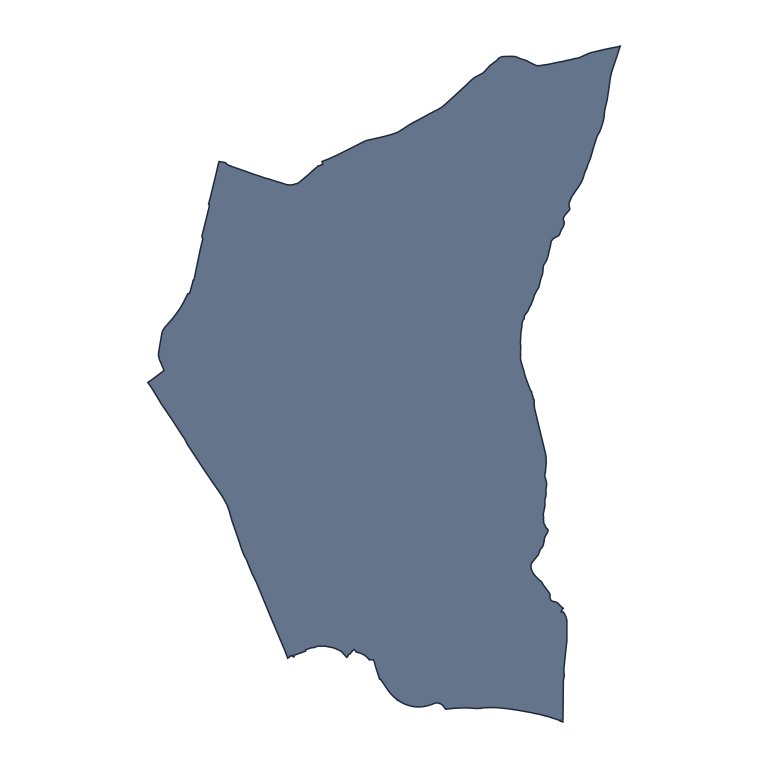 the district of Oostzaan, Noord-Holland, Netherlands
{"feature_id": "6326949B95848699566336", "entity_name": "Oostzaan", "entity_type": "district", "adm_level": 2, "iso_a3": "NLD", "parent_name": "Netherlands", "parent_adm1": "Noord-Holland", "projection": "albers", "projection_center": [4.881, 52.452], "detail": "fine", "context": "isolated", "style": "filled", "palette": "slate", "viewbox_px": 768, "rotation_deg": 0, "n_neighbors": 0, "source": "geoboundaries", "source_scale": "gbopen_adm2", "svg_char_len": 6083}
<svg xmlns="http://www.w3.org/2000/svg" viewBox="0 0 768 768"><path d="M562.9,721.9L563.0,717.1L563.4,680.7L563.5,679.5L564.2,676.7L564.3,676.1L564.0,672.1L563.9,668.6L566.9,640.5L566.9,620.4L566.1,617.4L565.4,615.6L564.6,614.0L563.4,612.0L561.2,612.0L561.5,611.0L562.4,609.3L563.3,608.3L561.7,607.0L559.7,605.1L558.4,603.7L557.2,602.6L555.8,602.0L552.2,601.1L551.2,600.5L550.3,599.0L550.1,598.2L550.0,597.5L550.0,596.5L550.1,594.9L550.0,594.2L549.5,593.2L548.3,591.5L544.8,586.9L543.0,584.4L541.9,582.3L541.2,581.5L538.4,579.2L537.1,577.9L534.5,575.0L533.8,574.1L533.1,573.0L531.9,570.6L531.0,568.1L531.0,566.6L531.0,565.5L531.2,564.6L531.6,563.4L532.2,562.3L538.0,555.2L538.6,554.1L540.2,549.7L540.6,549.1L541.8,547.7L542.8,546.4L543.3,544.9L543.9,542.5L544.7,537.5L546.5,534.0L547.5,532.6L547.8,531.7L548.0,530.4L548.0,529.7L547.9,529.4L546.9,528.6L546.3,527.9L545.8,527.2L544.5,524.4L544.1,523.8L543.8,522.9L543.7,522.2L543.5,519.4L543.6,517.1L543.6,516.2L543.2,515.5L543.2,515.1L543.5,513.0L544.1,510.2L544.9,506.0L545.0,504.8L544.8,501.5L544.8,500.3L545.8,496.3L546.0,495.2L546.1,493.9L545.9,490.9L545.9,490.1L546.4,486.7L546.6,484.4L546.6,483.0L546.3,481.2L545.9,480.2L545.3,477.7L544.9,476.7L544.7,476.0L545.0,473.7L545.3,472.8L545.5,471.4L546.2,463.1L546.1,456.8L545.8,454.9L544.5,449.4L534.5,408.1L534.1,402.2L534.2,400.3L534.1,399.8L533.2,398.3L533.0,397.8L532.9,396.4L532.6,395.5L531.9,394.0L531.8,393.2L531.7,392.0L531.5,391.6L530.4,390.1L526.9,380.9L524.9,375.2L524.2,372.1L521.1,361.7L520.7,360.0L520.5,357.9L520.6,354.1L520.5,351.5L520.8,346.7L520.4,342.9L520.9,332.7L521.9,326.6L522.0,324.4L522.2,322.9L522.5,321.4L522.7,320.7L523.5,319.6L524.0,319.0L524.2,318.7L524.3,318.2L524.3,316.9L524.5,316.0L524.9,315.0L525.4,314.3L527.6,311.6L528.9,309.1L529.1,308.3L531.0,304.8L531.9,302.2L532.9,300.2L533.3,298.9L534.1,296.0L534.7,294.6L536.2,291.7L536.5,291.0L537.5,289.6L537.9,288.8L538.8,287.5L540.5,280.0L541.2,277.7L542.4,274.6L542.7,273.2L543.0,270.7L543.2,267.0L543.7,265.3L543.9,264.7L545.7,262.0L546.8,259.8L548.0,256.2L548.4,254.6L549.2,250.8L550.4,246.0L551.2,241.5L551.5,240.9L552.3,239.9L552.8,239.3L553.5,238.5L558.3,235.9L558.7,235.6L559.4,234.7L559.7,234.1L560.6,231.6L561.3,229.9L563.4,226.4L564.3,223.5L564.3,222.6L564.3,222.3L563.7,220.6L563.3,219.3L563.3,218.4L563.4,217.9L564.0,216.8L565.0,215.1L569.6,209.9L569.8,208.7L569.5,207.3L569.0,206.1L569.0,205.6L569.0,204.2L569.0,203.7L569.2,203.0L570.2,200.4L572.1,196.2L572.9,195.0L574.0,193.6L574.9,192.0L578.7,186.6L581.5,181.9L582.5,179.7L583.1,178.2L584.9,172.1L585.6,170.5L586.5,169.0L586.7,168.5L587.6,165.4L588.4,163.3L589.7,160.2L590.3,158.7L591.6,154.4L593.5,147.6L597.1,136.3L598.2,134.2L599.4,132.4L600.9,128.7L602.1,125.0L603.1,121.7L604.1,117.2L604.6,110.9L605.9,105.3L607.1,100.3L608.8,89.2L609.9,81.2L610.5,77.0L611.6,72.2L617.3,55.2L620.2,46.1L617.7,46.8L612.3,47.8L604.2,49.5L590.3,52.8L588.3,53.6L578.8,57.9L575.7,58.4L573.3,58.9L570.5,59.7L566.5,60.4L563.3,61.3L556.1,62.6L550.0,64.0L547.1,64.5L539.6,65.6L537.8,65.7L536.1,65.4L534.6,64.8L528.9,61.9L527.3,61.0L525.6,60.3L520.8,58.8L517.4,57.4L515.8,56.7L514.9,56.5L511.5,56.3L504.0,56.5L501.7,56.7L500.0,57.5L498.9,58.1L498.1,58.7L497.6,59.6L496.3,60.8L490.0,65.5L485.0,71.0L482.8,73.2L478.8,75.2L474.1,77.8L471.0,80.3L470.6,80.7L470.4,81.0L465.5,85.7L454.3,96.0L444.4,105.0L441.5,107.4L437.7,109.6L428.7,114.2L417.0,120.6L413.1,122.6L408.6,125.2L403.4,128.7L399.0,131.5L397.3,132.4L394.9,133.3L390.6,134.7L384.0,136.5L366.4,140.5L362.5,142.3L336.9,155.2L328.4,159.0L322.0,161.5L322.8,164.3L321.8,164.8L321.6,164.7L321.4,164.7L319.9,165.6L319.4,165.7L318.4,165.8L318.1,165.9L317.3,166.8L312.5,170.8L308.3,174.8L305.3,177.1L303.4,178.9L301.1,180.7L298.6,182.8L297.9,183.2L293.9,184.4L292.6,184.7L290.5,185.0L286.9,184.7L280.8,182.7L274.5,180.9L268.7,178.9L266.7,178.5L264.1,177.7L261.0,176.6L254.3,174.4L254.2,174.3L250.7,173.2L248.2,172.3L247.1,171.8L236.6,168.2L235.2,167.6L231.5,166.5L231.5,166.3L228.8,165.3L227.4,164.6L226.4,163.8L225.6,162.7L219.0,161.5L217.5,167.4L216.3,172.9L213.7,183.4L210.6,196.3L208.5,204.4L209.5,205.5L201.8,236.5L202.8,238.9L200.5,248.3L199.4,253.6L198.0,260.2L194.0,279.8L193.9,280.1L193.2,280.1L192.3,283.8L191.4,287.0L189.6,293.3L187.7,293.8L184.1,301.2L180.2,308.2L174.7,315.8L171.5,319.8L165.1,327.0L164.5,327.9L162.5,331.0L161.6,334.8L159.8,345.3L158.5,353.3L158.5,355.7L159.4,359.5L163.8,369.8L164.0,370.5L153.9,378.2L147.8,382.5L151.2,387.2L161.7,404.5L172.2,419.9L182.0,435.1L184.7,439.0L187.3,444.3L205.8,472.4L222.6,496.9L226.8,504.5L229.0,510.3L231.9,520.6L239.2,541.7L241.6,549.2L244.2,555.8L246.2,559.1L251.8,573.1L256.5,582.7L272.0,620.2L285.3,651.6L287.7,658.2L288.5,657.6L289.5,657.2L289.7,656.9L289.8,656.2L292.0,655.5L292.0,655.8L292.1,656.2L292.5,656.5L293.5,656.5L293.8,656.9L294.0,656.8L293.9,656.4L294.2,656.3L294.5,655.0L295.8,654.7L305.7,651.1L305.9,649.7L310.9,648.0L311.9,647.6L313.7,647.7L314.6,647.4L316.0,646.8L319.0,646.0L320.6,646.3L324.3,646.1L325.6,646.3L333.6,647.9L336.8,649.2L339.6,650.5L341.3,651.4L346.7,657.4L347.7,656.5L347.9,656.1L348.2,655.2L348.5,654.7L348.8,654.4L349.7,654.1L350.2,653.8L350.4,653.5L351.0,652.6L353.0,650.3L353.6,649.8L354.5,649.5L356.1,652.0L359.6,653.0L361.8,653.8L364.6,655.3L365.5,656.0L367.2,657.4L368.6,659.1L368.9,659.1L369.3,659.9L371.6,659.7L373.1,659.9L373.8,660.6L374.3,661.8L375.3,665.8L379.6,679.2L380.4,679.1L388.0,690.2L389.7,692.5L391.5,694.5L393.4,696.5L395.4,698.3L398.2,700.3L397.9,700.4L402.2,702.8L404.5,704.0L406.0,704.6L408.8,705.5L413.4,706.6L416.9,706.9L419.8,706.9L423.4,706.6L427.4,705.8L429.9,705.1L435.6,703.0L436.5,702.9L437.3,702.9L440.2,703.7L441.0,704.1L441.8,704.6L443.6,706.5L445.4,709.0L445.6,709.2L447.8,709.0L454.2,708.3L462.8,707.9L467.4,707.9L472.6,708.2L474.0,708.4L475.9,708.5L479.8,708.4L479.7,708.3L484.1,707.8L489.8,707.6L494.0,707.6L497.4,707.7L504.3,708.4L509.9,709.0L513.5,709.6L516.1,709.9L530.5,712.5L538.8,714.3L541.7,714.9L544.2,715.7L546.4,716.2L548.9,716.8L551.0,717.6L552.7,718.1L560.0,720.5L560.4,720.4L560.2,721.2L562.9,721.9Z" fill="#64748b" stroke="#1e293b" stroke-width="1.5"/></svg>